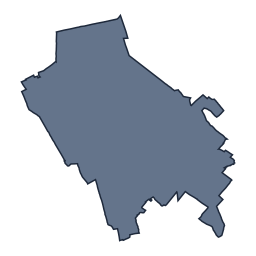 Nicseni, Botosani, Romania
{"feature_id": "2599482B7435207747893", "entity_name": "Nicseni", "entity_type": "district", "adm_level": 2, "iso_a3": "ROU", "parent_name": "Romania", "parent_adm1": "Botosani", "projection": "natural_earth1", "projection_center": [26.665, 47.868], "detail": "fine", "context": "isolated", "style": "filled", "palette": "slate", "viewbox_px": 256, "rotation_deg": 0, "n_neighbors": 0, "source": "geoboundaries", "source_scale": "gbopen_adm2", "svg_char_len": 5844}
<svg xmlns="http://www.w3.org/2000/svg" viewBox="0 0 256 256"><path d="M234.6,162.8L234.1,162.0L234.1,161.2L234.3,160.6L234.0,160.2L233.8,160.0L233.7,159.7L233.2,159.2L230.3,157.3L230.6,156.8L231.4,156.0L232.5,154.8L230.6,153.6L229.8,153.1L228.1,151.9L225.5,150.3L224.2,151.7L222.0,150.4L220.2,149.5L218.9,149.1L218.6,149.1L219.0,148.7L219.2,148.3L220.2,147.1L221.2,146.0L221.6,145.8L222.6,144.6L223.1,144.2L223.7,143.4L223.3,143.1L223.8,142.7L223.9,142.3L224.2,142.1L225.1,140.0L225.3,139.7L226.1,139.2L227.1,139.1L226.4,138.5L225.0,137.8L224.2,136.7L222.9,135.4L220.4,133.7L218.6,132.4L218.0,131.8L216.5,130.8L214.9,129.2L214.4,128.5L212.4,126.4L211.9,126.0L210.8,125.7L210.3,125.2L209.7,124.4L209.0,123.2L208.6,122.6L208.0,122.0L206.9,121.1L206.6,120.8L206.1,119.8L205.6,118.2L205.2,117.4L204.9,116.4L204.2,114.9L203.7,114.1L203.5,113.4L202.9,112.8L202.3,111.3L201.8,110.7L204.1,108.1L204.3,108.1L204.6,108.4L205.7,108.4L205.8,108.5L206.1,108.5L206.3,108.6L206.4,108.8L207.0,108.8L207.3,109.0L209.1,110.2L210.5,110.9L211.2,111.5L212.1,112.6L212.8,113.5L214.0,114.7L214.4,115.3L215.2,116.0L216.7,117.1L219.2,115.4L219.5,114.9L220.4,114.2L223.7,110.6L223.6,110.4L223.3,110.1L222.0,108.4L220.8,107.1L220.3,106.2L219.7,105.8L219.2,104.9L218.4,104.2L217.5,102.8L216.9,102.2L216.4,101.7L216.0,101.0L215.6,100.7L214.3,99.2L213.2,99.4L211.9,99.4L210.2,98.2L208.8,97.0L207.2,98.6L203.0,94.9L202.1,95.7L201.7,95.9L201.4,96.3L195.8,101.0L191.3,105.5L190.7,105.1L190.4,103.7L190.0,102.4L189.7,101.1L189.6,99.6L190.3,98.5L190.6,97.9L183.4,96.5L181.0,93.1L180.7,92.6L180.4,92.3L180.1,92.2L178.6,90.5L178.3,89.9L176.1,90.2L174.4,90.7L174.0,90.3L172.1,88.9L171.0,87.8L168.9,86.3L168.1,85.8L166.5,84.4L165.5,83.9L162.2,81.2L129.1,55.6L126.4,47.6L125.5,45.3L123.5,38.4L127.8,38.2L125.9,31.5L120.4,15.4L118.6,17.8L117.7,18.6L117.3,18.9L116.9,19.1L103.7,22.0L96.4,23.4L95.2,23.7L92.9,24.1L84.3,26.1L80.8,26.5L78.9,27.1L77.1,27.4L70.1,29.0L64.3,30.1L56.4,32.0L56.6,33.1L56.4,38.8L56.3,41.5L56.5,43.1L56.5,44.1L56.4,44.9L56.4,46.6L56.3,48.9L56.3,50.0L56.0,53.7L56.2,55.9L56.2,57.0L56.1,57.5L56.0,58.1L56.0,60.2L56.1,61.5L56.0,61.4L55.6,61.6L51.9,64.7L48.2,67.4L46.3,68.6L43.7,70.7L38.5,72.5L38.7,73.6L38.7,74.7L38.8,75.2L39.0,75.7L39.3,76.1L40.1,77.0L38.0,77.8L37.4,76.2L34.4,77.2L33.6,75.2L25.6,79.3L26.1,79.9L21.4,81.9L23.1,84.9L25.3,88.1L26.2,89.3L21.7,91.6L24.0,96.7L25.7,101.1L26.7,103.3L27.3,105.7L27.9,107.1L28.8,109.1L29.1,109.7L31.9,111.5L33.3,112.6L36.6,114.5L37.5,115.2L38.1,115.8L39.5,116.6L39.5,116.9L40.6,118.7L45.0,126.4L47.9,131.6L48.3,131.8L48.7,132.2L50.0,135.2L51.2,137.1L52.8,140.1L54.4,142.4L55.3,144.3L56.6,146.5L61.3,154.4L63.5,158.3L64.0,159.3L64.5,160.0L65.1,160.6L64.9,160.9L64.3,161.1L64.7,161.5L64.9,161.8L65.0,162.4L64.9,162.7L65.0,163.0L65.3,163.5L66.7,164.8L67.5,165.8L68.1,166.0L68.9,165.8L69.3,165.6L69.9,165.0L70.2,164.6L71.0,164.0L77.5,163.7L77.7,164.8L78.0,165.8L78.5,166.8L78.9,167.5L79.1,168.1L79.3,169.5L80.3,172.6L80.6,173.3L81.4,174.7L81.7,175.5L82.2,176.5L82.4,176.9L83.1,177.8L86.9,182.3L87.5,183.3L87.7,183.9L95.5,179.6L97.2,185.3L97.4,186.1L97.4,186.6L98.3,189.9L98.5,190.4L98.7,191.4L99.1,192.4L99.3,193.5L99.6,194.0L100.5,197.3L101.6,200.2L102.4,203.0L103.1,205.8L103.9,209.4L104.9,212.8L105.0,214.4L105.1,214.7L105.5,215.6L105.8,216.4L106.9,220.4L107.2,222.1L107.4,222.6L107.7,223.3L107.9,224.3L108.1,224.6L108.3,224.8L111.2,225.9L111.4,226.0L112.4,227.3L113.5,229.3L117.5,228.7L118.4,232.6L119.2,236.9L119.7,240.6L120.4,240.3L121.9,239.9L122.7,239.6L122.9,239.6L123.0,239.8L123.0,240.2L123.1,240.3L123.6,240.2L125.3,239.3L127.5,238.4L128.4,238.0L129.7,237.2L129.8,237.0L129.8,236.7L129.9,235.7L129.8,234.8L135.0,233.6L139.2,233.1L138.7,231.7L138.6,230.6L138.7,229.9L138.7,229.5L138.0,227.8L137.9,227.5L138.0,226.9L137.8,226.4L137.5,225.6L137.2,225.2L136.7,223.5L136.4,223.1L136.3,222.8L136.2,222.2L136.2,221.9L135.9,221.4L136.1,220.4L136.1,220.2L135.9,219.9L135.8,219.2L135.4,218.1L135.5,217.9L137.6,215.5L137.2,215.1L139.3,213.8L139.3,213.3L139.5,212.9L139.9,212.6L141.1,212.5L142.8,212.8L143.8,212.7L145.6,210.3L144.4,209.6L143.7,209.2L143.1,208.7L142.2,208.2L141.8,207.5L141.8,207.2L145.9,202.3L145.5,201.9L148.6,199.4L150.9,201.1L151.8,200.1L150.2,198.9L153.1,197.0L154.1,197.9L154.3,198.2L154.8,199.2L155.4,199.9L156.2,200.6L156.7,200.9L157.0,201.3L157.6,201.9L158.8,202.8L160.0,203.9L160.3,204.2L160.9,205.2L161.5,205.7L161.9,205.9L162.4,205.9L162.7,205.8L163.8,205.0L164.0,205.0L164.9,205.4L165.4,205.5L165.6,205.4L166.6,204.5L176.8,191.9L176.9,192.0L177.4,194.9L177.5,196.3L177.6,197.0L178.0,200.7L185.3,191.6L188.5,193.9L189.3,194.5L194.3,197.4L196.3,198.7L196.6,198.8L196.9,198.8L197.0,199.1L197.1,199.4L197.4,199.6L201.9,203.0L208.0,207.0L208.0,207.5L207.9,207.8L207.7,208.1L205.8,210.3L202.6,213.7L201.9,214.7L201.7,215.5L201.0,216.7L200.6,217.2L198.9,218.7L199.3,219.0L199.9,219.6L200.7,220.1L201.6,221.0L202.1,221.4L205.6,223.5L206.5,224.1L210.2,225.6L211.7,226.4L212.2,226.9L212.7,228.0L213.4,230.2L214.2,231.2L215.7,233.7L216.0,234.5L216.3,235.0L217.9,236.7L218.5,237.1L219.8,236.6L220.8,235.9L221.6,235.6L221.9,235.1L223.6,229.1L223.6,228.5L224.0,226.6L224.5,225.7L224.4,225.4L224.0,223.9L223.8,223.5L222.9,222.1L221.9,219.7L221.6,219.1L221.3,217.9L219.7,213.9L218.6,211.7L218.3,210.6L217.5,208.7L217.4,208.1L217.0,207.6L216.8,207.1L216.6,206.6L216.6,206.3L222.9,199.5L218.9,195.7L222.0,191.9L225.5,188.2L228.0,185.0L229.4,183.4L229.8,182.8L230.1,182.3L230.3,181.5L230.6,181.1L231.6,180.5L231.8,180.1L231.4,179.6L222.1,172.7L225.6,168.6L225.5,168.4L225.2,168.2L224.3,167.8L225.0,167.4L226.2,166.7L226.2,167.2L226.7,167.0L227.6,166.1L228.3,166.0L228.8,165.8L229.1,165.8L229.6,165.6L229.9,165.5L230.3,165.6L230.6,165.5L230.8,165.3L230.9,165.0L231.5,164.8L232.9,164.0L233.2,164.0L233.3,164.2L233.6,164.3L233.9,164.0L234.2,162.9L234.6,162.8Z" fill="#64748b" stroke="#1e293b" stroke-width="1.5"/></svg>